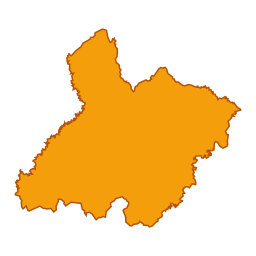 Paracatu, Minas Gerais, Brazil (Robinson projection)
{"feature_id": "56859067B92126801808434", "entity_name": "Paracatu", "entity_type": "district", "adm_level": 2, "iso_a3": "BRA", "parent_name": "Brazil", "parent_adm1": "Minas Gerais", "projection": "robinson", "projection_center": [-46.879, -17.108], "detail": "fine", "context": "isolated", "style": "filled", "palette": "amber", "viewbox_px": 256, "rotation_deg": 0, "n_neighbors": 0, "source": "geoboundaries", "source_scale": "gbopen_adm2", "svg_char_len": 5752}
<svg xmlns="http://www.w3.org/2000/svg" viewBox="0 0 256 256"><path d="M130.1,225.8L132.0,225.8L133.7,224.3L137.3,223.9L139.2,222.6L139.6,221.4L143.4,224.1L143.7,225.2L148.2,225.5L149.3,226.9L152.4,225.9L156.5,221.6L157.6,221.5L158.1,220.8L157.6,219.2L161.7,216.9L162.4,215.7L161.6,212.9L162.7,211.4L165.1,210.3L165.5,211.0L166.5,209.1L167.8,209.5L168.5,207.1L170.3,208.5L170.7,207.3L169.8,206.4L171.6,206.5L172.0,206.0L170.7,204.9L170.7,203.4L172.6,203.5L174.2,206.0L175.2,205.3L175.0,204.6L175.8,204.7L176.3,206.0L177.6,205.5L179.5,202.6L182.3,201.4L182.5,200.8L180.0,200.0L179.8,199.2L183.1,195.9L182.7,193.6L184.6,193.3L182.6,189.9L183.5,189.1L183.4,188.3L184.6,188.0L185.5,186.7L188.1,186.9L189.4,187.8L191.8,184.3L193.3,183.9L195.5,184.7L195.8,184.2L195.4,180.3L193.2,178.1L194.5,176.4L192.8,174.3L194.2,172.5L192.7,169.6L195.7,169.9L196.4,167.6L194.1,167.1L193.1,168.1L193.4,165.4L191.7,164.9L192.7,163.5L195.6,162.7L197.3,160.1L195.7,159.0L195.5,158.1L194.2,158.8L194.0,160.4L193.6,158.7L195.4,156.4L196.7,156.0L201.0,155.8L201.8,158.0L203.1,158.2L204.0,157.4L204.4,155.2L205.4,155.2L205.5,157.1L206.6,158.1L208.8,156.7L208.1,155.2L209.1,153.4L210.2,154.1L209.0,154.7L209.0,155.3L211.0,155.4L211.5,154.2L208.7,150.5L212.4,150.7L213.0,150.4L213.3,148.6L214.0,149.3L214.4,142.8L215.7,141.5L217.7,142.4L219.8,146.1L222.9,148.1L226.8,146.4L227.7,144.6L227.3,140.6L228.3,135.3L228.1,134.6L226.8,134.5L225.5,131.4L229.1,126.4L229.2,124.7L228.0,121.4L231.4,118.1L231.9,116.1L233.9,116.2L232.1,114.7L232.4,114.2L235.6,114.2L236.2,113.0L234.7,112.1L235.3,111.5L240.6,110.2L240.6,109.3L237.3,107.4L234.0,102.8L233.1,103.5L232.6,102.3L230.6,102.6L228.8,100.6L227.5,100.7L228.0,98.8L225.4,98.6L227.0,97.1L226.2,97.4L225.1,96.6L221.8,98.6L219.3,98.1L217.8,99.6L217.1,96.9L215.5,95.7L215.1,94.3L212.5,93.7L213.3,92.5L213.0,91.7L211.5,92.1L210.9,89.8L209.2,90.0L208.8,87.4L206.5,88.2L205.4,86.1L204.7,87.0L204.1,86.3L203.3,87.3L201.2,87.0L201.3,87.7L200.7,88.0L198.1,87.1L197.9,86.3L197.2,86.3L197.1,87.1L195.4,87.0L192.1,85.4L188.2,84.5L184.9,85.9L182.5,85.2L178.1,81.9L176.2,82.3L175.6,81.2L175.0,81.2L174.1,79.0L173.1,79.0L172.3,76.8L167.9,73.5L166.5,68.8L165.1,67.3L162.9,68.1L160.8,67.5L159.1,68.6L153.7,76.3L152.0,75.6L150.5,77.7L151.5,79.3L150.3,79.6L150.1,80.6L147.4,80.9L146.0,79.9L139.2,83.0L136.9,86.0L135.3,86.6L134.4,90.7L133.9,91.6L133.0,91.4L131.1,88.7L131.2,87.0L130.3,85.0L128.6,82.8L126.3,82.5L126.5,81.3L124.5,81.5L122.5,78.5L121.0,78.0L119.9,76.3L120.9,74.2L119.6,72.2L120.9,69.8L119.5,68.4L119.1,64.9L116.1,62.2L115.4,59.0L116.9,56.9L117.4,52.7L117.2,48.5L115.6,47.0L115.2,45.8L115.7,44.2L114.7,44.0L114.4,42.6L115.8,41.2L115.6,40.5L114.6,40.2L114.2,38.4L113.5,39.3L112.6,38.9L111.8,41.8L110.1,42.4L107.9,37.7L106.5,30.4L102.7,29.1L95.2,32.7L94.8,35.5L93.2,37.4L90.9,37.3L89.7,39.4L83.0,43.2L81.0,46.7L75.9,50.8L71.5,55.6L70.8,55.8L68.6,53.2L69.0,54.7L67.5,55.8L68.1,57.0L66.9,57.9L67.2,61.5L68.6,61.2L67.7,62.1L67.6,63.8L69.8,64.4L69.5,67.7L70.0,68.6L69.3,69.1L69.4,70.0L71.4,72.4L70.6,73.8L73.6,73.3L71.8,75.9L72.7,80.3L71.2,80.9L71.6,83.1L72.6,83.1L72.5,84.2L73.8,84.4L73.7,85.1L72.2,85.8L73.7,87.1L73.2,89.7L75.9,88.2L77.5,91.2L78.4,90.6L79.5,91.9L77.2,93.7L77.9,95.4L79.9,95.6L79.9,96.4L78.5,97.5L78.6,98.2L80.7,98.3L80.7,99.1L79.7,100.0L80.9,100.8L82.2,100.5L82.3,101.5L84.9,102.8L85.2,103.5L84.3,105.4L81.7,106.2L82.7,106.4L82.8,108.2L84.2,108.3L84.1,109.2L81.8,112.0L81.8,112.9L80.9,113.3L80.4,112.3L79.1,112.9L79.3,114.5L78.8,115.1L78.2,114.5L78.5,116.0L77.5,115.8L75.9,113.8L75.3,114.1L76.6,118.1L75.6,119.4L74.8,118.4L74.4,119.0L73.6,118.6L73.5,120.1L74.2,120.5L73.0,121.0L71.4,120.1L71.0,121.2L71.4,122.4L68.6,121.9L68.7,122.6L67.7,122.4L67.1,123.2L68.8,123.8L67.5,124.4L66.0,123.2L65.3,123.8L64.8,122.8L64.6,125.9L63.7,126.0L63.4,125.0L62.7,126.4L62.0,125.9L61.6,128.7L60.4,127.2L59.2,129.5L60.0,129.6L59.9,130.7L59.1,130.5L58.7,132.3L58.9,134.7L56.8,133.9L55.2,135.5L55.2,137.3L54.5,137.7L53.8,135.4L51.6,137.0L51.4,135.7L50.5,136.8L50.6,138.5L47.3,139.2L47.7,141.2L47.0,142.0L49.0,143.2L48.5,143.6L45.4,143.0L47.3,144.9L47.5,146.1L47.2,146.8L46.4,146.2L45.6,146.8L45.5,149.6L45.0,150.0L43.2,149.1L43.4,149.8L42.6,149.6L41.6,150.9L42.4,152.7L41.3,153.3L42.0,154.2L41.7,155.0L41.1,155.3L39.7,154.0L37.8,154.6L37.3,155.1L37.8,156.6L35.2,157.5L36.2,158.3L36.0,159.3L33.2,160.4L33.2,161.3L35.2,162.4L35.8,164.2L35.6,165.7L34.3,166.4L35.3,168.0L35.2,169.4L33.3,168.4L30.5,169.8L29.8,171.0L32.1,174.1L29.1,173.5L28.8,174.3L29.4,175.3L28.1,175.8L26.8,173.7L24.3,174.6L23.1,173.7L22.6,172.1L20.5,171.0L20.5,170.0L20.0,170.4L20.3,172.0L21.4,172.3L18.6,175.3L18.8,175.9L19.7,175.9L19.7,179.7L17.8,181.1L17.2,180.1L16.7,180.5L17.4,182.2L15.7,182.2L16.7,184.5L18.2,185.9L18.2,186.9L16.0,186.1L17.3,187.2L17.7,189.1L18.5,188.8L17.6,190.1L17.8,191.8L15.5,193.4L15.4,194.8L19.7,196.1L20.1,198.5L21.7,200.2L21.3,202.4L21.7,206.9L22.6,208.5L23.3,208.8L26.1,205.9L27.8,210.2L29.1,211.0L39.8,206.1L43.3,208.3L47.3,208.9L50.9,208.5L53.8,211.9L56.3,209.8L56.1,206.3L58.2,201.5L58.4,199.3L61.1,199.3L64.3,202.1L63.9,203.6L65.7,205.9L71.2,202.2L81.0,203.4L82.3,209.4L84.3,210.4L84.5,213.0L86.2,215.3L86.5,212.8L89.5,212.3L92.2,214.0L96.1,219.8L98.7,217.5L100.5,217.7L103.2,216.5L105.4,217.1L106.2,211.5L111.1,206.6L110.5,203.9L110.9,202.6L114.2,200.9L115.5,198.8L122.2,196.6L124.2,198.7L126.1,199.3L126.9,201.2L128.8,202.3L128.9,203.4L126.9,207.9L123.9,209.3L123.1,210.5L125.7,217.1L125.8,221.9L130.1,225.8ZM208.7,150.5L207.9,151.8L207.2,152.1L206.9,151.4L207.4,150.6L208.7,150.5ZM59.1,131.6L59.9,131.8L59.4,132.2L59.1,131.6ZM79.8,112.6L80.2,113.1L79.9,113.5L79.8,112.6ZM176.3,206.0L175.1,206.8L175.3,207.4L176.3,206.7L176.3,206.0ZM82.8,108.2L82.2,107.7L81.9,108.4L82.2,109.0L82.8,108.2Z" fill="#f59e0b" stroke="#b45309" stroke-width="1.5"/></svg>